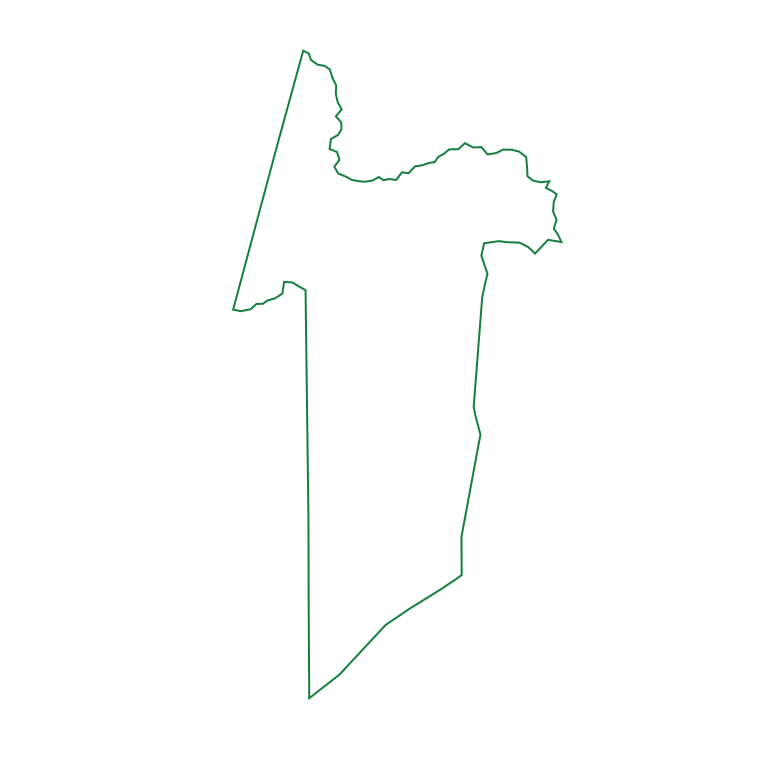 the district of Tufilândia, Maranhão, Brazil, rotated 7°
{"feature_id": "56859067B40819764900175", "entity_name": "Tufilândia", "entity_type": "district", "adm_level": 2, "iso_a3": "BRA", "parent_name": "Brazil", "parent_adm1": "Maranhão", "projection": "robinson", "projection_center": [-45.575, -3.771], "detail": "fine", "context": "isolated", "style": "outline", "palette": "green", "viewbox_px": 768, "rotation_deg": 7, "n_neighbors": 0, "source": "geoboundaries", "source_scale": "gbopen_adm2", "svg_char_len": 1404}
<svg xmlns="http://www.w3.org/2000/svg" viewBox="0 0 768 768"><g transform="rotate(7 384 384)"><path d="M225.2,328.5L232.9,329.2L242.4,326.1L247.6,320.1L253.9,319.2L258.3,315.2L265.4,312.3L272.1,306.6L272.4,294.8L280.9,294.4L287.5,297.5L294.7,300.4L325.4,526.7L336.0,611.2L348.1,705.0L360.5,692.5L375.1,678.0L415.0,622.9L437.5,603.3L466.0,580.4L472.3,574.9L478.1,570.0L484.4,564.1L479.5,526.3L485.2,433.3L485.9,422.6L478.1,402.9L475.8,395.8L470.9,285.8L472.3,270.2L473.3,262.0L465.0,244.8L466.2,232.1L480.7,228.2L488.6,228.3L501.4,227.2L510.6,230.6L518.0,236.1L529.3,220.9L542.8,221.5L538.5,214.6L533.6,209.1L535.2,200.0L530.8,192.2L530.3,182.7L532.3,174.7L527.2,171.9L520.8,169.6L523.3,162.7L514.9,164.7L506.9,163.9L501.1,160.3L499.6,151.5L497.5,141.5L489.8,136.9L482.2,135.9L473.6,136.9L467.2,141.1L458.8,143.5L451.8,137.0L443.9,138.4L435.0,135.1L429.2,141.9L420.0,143.2L415.6,148.1L410.3,151.9L407.1,157.7L401.7,159.1L395.1,162.3L388.1,164.3L382.6,171.9L376.1,171.6L371.2,180.0L364.2,179.9L358.8,181.8L353.6,179.2L348.0,183.4L340.3,185.6L333.0,185.8L327.0,185.2L320.5,182.7L312.9,180.7L308.2,174.3L312.5,167.0L309.1,159.5L301.4,157.4L301.5,147.3L308.2,142.2L310.7,136.2L309.7,129.6L303.6,124.2L308.5,116.7L303.6,109.6L300.8,101.9L300.2,93.6L295.6,86.6L292.0,78.6L286.4,75.5L279.1,75.1L272.1,71.3L269.0,65.1L263.2,63.0L248.8,160.8L225.2,328.5Z" fill="none" stroke="#15803d" stroke-width="2"/></g></svg>